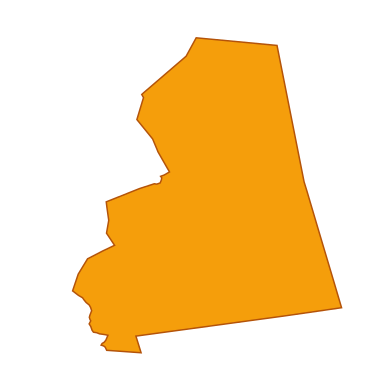 the district of Milton Brandão, Piauí, Brazil, rotated 82°
{"feature_id": "56859067B37808901206920", "entity_name": "Milton Brandão", "entity_type": "district", "adm_level": 2, "iso_a3": "BRA", "parent_name": "Brazil", "parent_adm1": "Piauí", "projection": "equal_earth", "projection_center": [-41.443, -4.721], "detail": "fine", "context": "isolated", "style": "filled", "palette": "amber", "viewbox_px": 384, "rotation_deg": 82, "n_neighbors": 0, "source": "geoboundaries", "source_scale": "gbopen_adm2", "svg_char_len": 970}
<svg xmlns="http://www.w3.org/2000/svg" viewBox="0 0 384 384"><g transform="rotate(82 192 192)"><path d="M344.1,264.8L326.9,267.6L327.6,118.7L327.4,60.0L300.0,64.1L244.4,72.5L212.9,77.2L208.1,77.9L197.5,79.6L153.2,82.1L67.9,86.9L58.7,87.4L39.9,166.4L56.7,178.9L86.1,224.7L88.4,228.2L91.8,226.9L112.6,236.5L134.0,223.6L145.4,220.6L147.5,220.1L169.0,211.5L171.3,217.2L172.1,220.9L173.7,220.0L175.9,220.7L178.6,222.3L179.3,225.8L178.6,228.2L181.3,243.5L182.2,247.2L189.8,278.3L195.7,278.4L208.5,278.4L220.9,282.4L234.0,276.1L238.0,288.7L243.6,304.7L257.5,316.1L273.3,324.0L278.6,318.8L281.5,315.1L283.9,313.9L286.7,312.2L289.6,309.5L292.2,308.5L295.6,307.9L299.9,310.3L301.8,311.1L303.8,310.8L305.5,310.2L308.3,312.2L311.0,311.0L315.0,310.2L317.1,309.1L318.1,305.9L319.6,303.3L320.3,300.8L321.3,297.5L322.2,295.2L326.7,297.9L328.5,299.8L329.5,302.1L331.0,303.3L332.1,301.0L333.5,299.6L336.9,298.5L344.1,264.8Z" fill="#f59e0b" stroke="#b45309" stroke-width="1.5"/></g></svg>